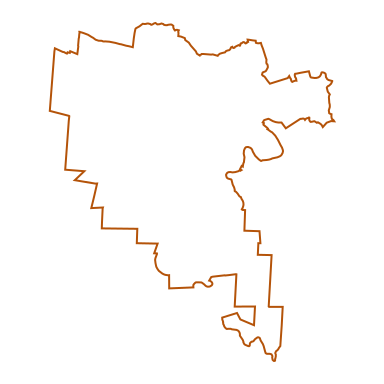 outline of Vanatori, Vrancea, Romania
{"feature_id": "2599482B46721958149963", "entity_name": "Vanatori", "entity_type": "district", "adm_level": 2, "iso_a3": "ROU", "parent_name": "Romania", "parent_adm1": "Vrancea", "projection": "orthographic", "projection_center": [27.293, 45.717], "detail": "fine", "context": "isolated", "style": "outline", "palette": "amber", "viewbox_px": 384, "rotation_deg": 0, "n_neighbors": 0, "source": "geoboundaries", "source_scale": "gbopen_adm2", "svg_char_len": 5864}
<svg xmlns="http://www.w3.org/2000/svg" viewBox="0 0 384 384"><path d="M169.2,288.4L193.4,287.4L193.3,286.2L193.4,284.9L194.1,283.9L195.3,282.7L196.1,282.3L201.2,282.4L202.1,282.8L204.2,284.4L205.5,285.7L206.4,286.3L207.6,286.7L208.7,286.7L209.8,286.5L211.5,285.5L212.1,284.8L212.3,284.3L212.4,283.8L212.2,282.9L211.7,282.1L210.9,281.4L210.1,280.8L209.2,280.6L211.2,277.1L211.5,277.0L212.6,276.7L224.8,275.3L225.1,275.5L228.9,275.1L235.9,274.2L236.4,274.3L234.7,306.6L255.0,306.5L254.0,325.2L240.5,319.5L240.3,319.3L237.0,313.0L222.2,317.6L222.3,319.6L222.9,321.1L223.1,321.9L223.0,322.2L223.2,322.8L223.2,323.9L223.9,325.2L224.3,326.5L225.2,327.7L226.4,328.8L227.0,329.0L227.8,328.8L230.7,328.8L231.8,329.3L236.6,329.9L238.0,330.6L238.6,331.1L239.4,332.3L239.7,333.1L239.9,334.1L239.9,335.7L242.7,339.8L243.4,341.6L243.4,342.4L244.3,344.1L245.2,344.8L248.0,346.0L249.0,346.2L249.5,345.9L249.8,345.2L249.8,344.1L250.0,343.2L250.4,342.7L251.4,341.8L251.9,341.6L252.6,341.6L253.6,341.0L255.0,339.2L257.0,337.7L257.8,337.3L258.4,337.3L259.5,337.8L259.9,338.3L260.6,340.4L262.9,344.1L263.7,346.2L265.2,351.8L265.7,353.2L266.9,353.8L269.6,353.8L270.9,354.1L271.5,354.4L272.2,355.6L272.4,356.2L272.2,357.4L272.6,359.8L273.5,360.7L274.0,361.0L274.5,360.9L275.0,360.7L275.1,360.3L275.1,359.0L275.4,358.3L275.8,356.3L275.8,354.4L275.5,353.8L275.3,353.3L275.3,352.9L276.0,351.3L277.5,350.1L278.1,349.4L279.2,347.5L280.3,346.1L281.7,325.7L282.7,306.9L269.1,306.9L268.7,306.5L271.6,255.1L257.8,254.8L258.3,244.5L258.3,243.2L260.4,243.2L259.5,231.2L244.4,230.7L245.1,210.1L242.4,209.9L241.8,209.3L242.4,208.4L243.1,206.6L243.5,204.9L243.4,202.9L243.2,202.1L242.7,200.7L241.6,199.0L241.0,197.5L240.9,197.1L239.8,196.6L239.2,196.0L237.7,193.7L236.2,192.0L235.7,191.6L235.0,191.3L234.7,191.0L234.7,189.5L234.4,188.5L234.1,187.4L232.7,184.6L231.5,179.8L231.1,179.4L228.1,178.6L227.1,177.9L226.8,177.6L226.6,177.1L226.2,175.8L226.1,175.1L226.1,174.6L226.8,173.4L227.3,172.8L228.4,172.2L230.2,172.0L232.5,172.4L235.2,172.1L238.4,171.2L239.7,170.4L240.1,170.4L240.4,170.7L241.4,170.1L240.0,169.2L241.7,165.9L242.8,166.6L243.2,164.1L243.4,163.2L243.9,162.3L244.5,157.2L243.7,153.7L244.0,150.5L244.9,148.3L245.8,147.3L247.1,147.0L248.2,147.0L250.5,147.9L251.5,148.8L252.1,149.7L252.9,151.8L255.2,155.8L258.8,159.4L260.9,160.9L261.5,160.9L262.4,160.3L266.6,160.0L269.1,159.6L271.1,159.0L272.3,158.4L277.4,157.3L279.8,156.3L281.1,155.4L281.7,154.6L282.1,153.8L282.5,153.2L283.0,151.3L282.9,150.2L282.0,147.6L280.6,145.2L278.0,140.0L275.3,135.7L272.1,132.3L270.6,131.5L268.4,129.8L267.4,129.2L267.9,128.6L267.2,127.8L263.5,124.8L263.4,124.6L263.9,123.1L262.7,122.5L264.0,120.3L264.8,119.9L268.3,118.8L269.4,119.2L272.8,121.1L275.7,122.1L278.2,122.5L281.5,122.5L285.8,128.3L300.3,118.9L301.1,118.9L302.4,118.6L303.7,118.6L304.5,119.1L305.0,119.9L305.8,118.9L306.5,118.4L308.4,117.9L308.9,117.5L309.3,117.6L309.4,118.0L309.2,119.5L309.3,120.1L310.0,121.4L310.7,121.9L312.1,121.7L314.2,121.2L314.6,121.3L316.9,122.8L317.9,122.3L320.4,123.8L321.6,124.9L322.8,127.1L326.7,122.7L331.0,121.1L334.2,121.3L333.3,119.9L332.1,119.2L331.6,117.9L331.4,116.4L331.5,114.2L330.4,113.9L329.2,113.2L328.8,110.4L329.8,107.0L329.8,105.7L329.7,104.3L329.3,103.0L328.9,97.3L329.1,95.9L329.8,94.4L327.8,91.7L326.8,87.8L326.9,87.3L328.0,86.1L329.0,85.7L330.6,84.2L331.1,83.7L332.2,81.4L332.2,81.0L328.5,80.0L327.3,79.2L327.0,78.8L326.4,77.7L326.0,77.2L325.7,74.4L325.5,73.8L324.5,72.9L322.9,72.4L322.0,72.3L321.5,72.6L321.0,74.4L320.1,76.0L319.4,76.7L318.3,77.4L316.5,77.9L314.7,78.0L311.1,77.5L310.5,76.9L310.2,76.2L308.9,71.3L300.5,72.8L296.7,73.6L295.1,73.8L294.8,74.5L294.8,75.6L295.2,77.2L296.0,78.3L296.2,79.3L296.4,80.7L295.4,80.6L293.7,81.2L292.3,81.9L291.7,81.5L291.3,80.7L290.7,78.6L290.1,78.0L289.2,76.0L287.7,78.1L269.9,83.7L267.4,80.6L265.0,77.2L264.2,76.4L262.8,75.7L262.3,74.9L262.0,74.7L262.6,72.6L262.8,72.4L265.5,71.3L266.1,70.7L267.8,67.5L267.8,66.1L267.4,64.4L266.5,63.6L266.3,62.2L266.5,59.6L265.7,57.4L263.0,48.8L261.6,45.3L260.9,42.9L258.8,43.3L257.2,43.2L255.9,42.8L255.7,40.7L252.9,40.4L248.6,39.7L247.6,39.6L248.1,41.9L246.8,42.3L246.6,43.1L245.5,43.4L244.1,42.2L243.2,42.1L241.4,43.4L240.8,43.4L240.5,43.7L240.1,45.6L239.7,45.7L239.2,45.3L238.6,45.1L236.1,46.3L234.7,47.2L234.5,47.7L233.6,48.0L232.7,47.6L232.3,46.8L231.1,47.3L230.1,49.4L229.1,50.2L227.9,50.4L226.4,50.9L225.8,51.3L225.1,52.3L224.8,52.4L222.2,53.0L219.9,53.7L218.0,55.2L217.7,55.8L212.8,54.4L211.1,54.6L203.5,54.0L201.7,54.0L201.3,54.5L200.0,54.9L199.9,55.0L199.7,55.5L196.9,53.7L195.9,51.4L190.8,45.6L188.8,42.6L185.3,40.1L184.8,38.1L181.0,36.6L178.3,36.1L178.5,33.0L178.2,31.8L178.4,31.2L178.8,30.3L177.0,29.8L175.7,30.0L175.0,30.5L174.3,29.7L173.5,28.1L173.3,27.1L173.3,25.8L171.6,24.6L170.4,24.5L168.1,24.8L167.0,25.2L165.0,25.1L163.8,24.7L163.4,24.1L161.5,23.5L159.5,24.2L157.3,24.4L155.5,23.0L154.3,23.3L152.3,24.5L151.2,24.8L150.4,24.1L148.2,23.5L147.2,23.5L146.0,23.9L144.6,24.0L142.7,23.8L139.5,26.3L135.9,28.3L135.4,29.0L134.6,32.9L133.8,38.3L132.8,47.2L128.8,46.2L126.1,45.7L120.8,44.2L120.1,44.2L115.4,42.9L109.3,41.7L105.1,41.4L104.0,41.5L103.1,41.4L101.7,40.8L98.6,40.7L95.6,39.7L93.1,37.8L91.6,37.0L88.1,34.8L84.2,33.3L81.5,32.4L80.7,32.3L79.7,31.8L79.4,31.8L79.6,32.8L79.3,33.9L79.0,37.5L78.7,38.7L78.1,45.7L78.3,46.5L77.3,54.1L70.2,51.2L69.8,52.9L67.6,52.3L67.2,53.4L67.0,53.6L65.5,53.0L64.3,52.2L62.7,51.9L54.9,48.3L54.4,51.4L49.8,110.9L68.0,115.6L69.1,115.9L69.3,116.1L68.8,120.6L65.2,169.7L84.3,171.2L74.8,180.2L95.4,183.6L97.1,183.5L94.1,196.6L91.3,208.1L102.9,207.5L102.7,208.1L102.6,209.2L102.0,222.2L101.8,228.4L137.3,228.8L136.8,243.2L157.6,243.6L154.2,253.3L156.9,253.4L157.0,253.9L155.4,258.2L155.1,259.9L155.5,263.1L156.2,266.4L156.5,267.2L157.7,269.3L158.9,270.9L162.4,273.6L164.2,274.5L165.5,274.9L168.3,275.3L169.1,275.2L169.2,288.4Z" fill="none" stroke="#b45309" stroke-width="2"/></svg>